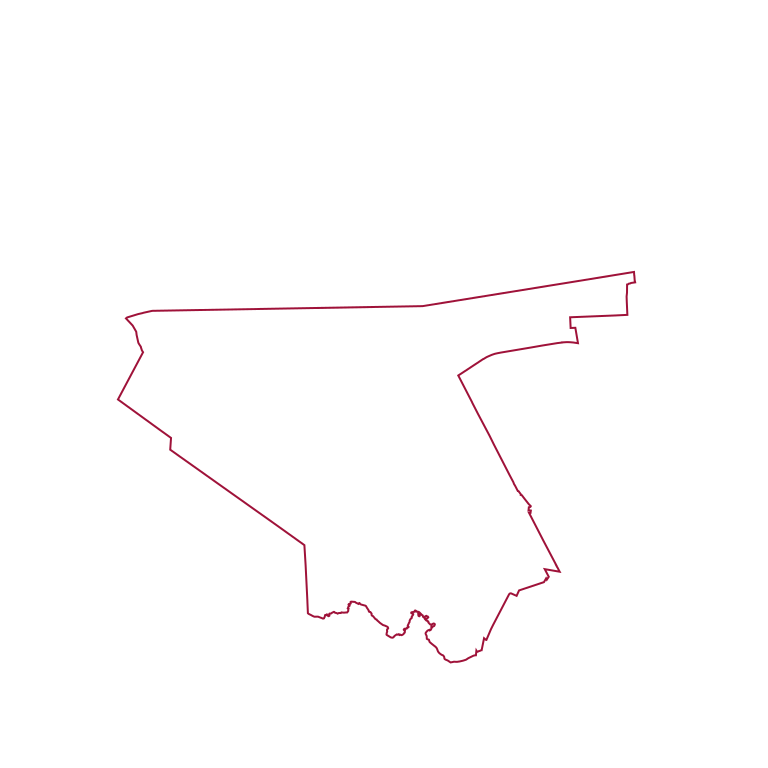 Stadskanaal, Groningen, Netherlands, rotated 124°
{"feature_id": "6326949B23876978853895", "entity_name": "Stadskanaal", "entity_type": "district", "adm_level": 2, "iso_a3": "NLD", "parent_name": "Netherlands", "parent_adm1": "Groningen", "projection": "albers", "projection_center": [7.027, 52.996], "detail": "fine", "context": "isolated", "style": "outline", "palette": "rose", "viewbox_px": 768, "rotation_deg": 124, "n_neighbors": 0, "source": "geoboundaries", "source_scale": "gbopen_adm2", "svg_char_len": 5998}
<svg xmlns="http://www.w3.org/2000/svg" viewBox="0 0 768 768"><g transform="rotate(124 384 384)"><path d="M473.9,634.6L476.1,625.0L479.2,618.7L479.5,618.4L481.7,616.5L487.2,610.7L487.9,609.3L489.1,606.4L489.5,606.0L489.8,605.8L490.0,605.4L491.5,603.5L492.4,601.5L545.6,595.9L547.4,543.9L547.8,530.4L558.0,524.5L558.3,513.0L561.0,399.5L561.5,381.0L562.1,359.9L578.0,347.7L605.9,326.8L608.1,325.2L616.6,318.9L616.7,318.1L616.7,317.7L616.4,315.7L616.2,313.4L615.9,311.8L615.7,311.3L614.7,310.0L614.3,309.3L613.8,308.6L613.7,308.3L613.2,306.0L613.0,305.4L612.7,303.8L612.6,303.4L612.0,302.8L611.8,302.7L611.1,302.9L610.3,302.9L608.6,303.6L608.3,303.5L608.0,302.8L607.8,302.4L607.5,302.4L607.2,302.6L606.9,302.5L606.9,302.4L607.3,301.6L607.6,300.5L607.6,300.3L607.4,300.1L606.8,299.7L606.6,299.7L606.3,300.0L605.7,300.6L605.3,300.8L604.9,300.8L604.6,300.6L604.4,300.1L604.1,299.7L602.6,299.1L600.9,298.1L600.8,297.8L601.0,296.6L600.4,295.2L600.3,294.0L600.1,293.9L599.8,293.8L599.4,293.6L598.8,292.9L598.1,291.9L598.0,291.7L597.2,291.6L596.9,291.0L596.0,289.4L594.8,287.9L594.0,286.8L592.3,286.7L592.0,286.8L591.1,287.5L590.0,287.7L589.9,287.8L589.9,288.0L590.2,288.4L590.2,288.6L589.3,288.7L588.2,289.1L587.5,288.6L587.1,288.5L586.9,288.6L586.7,289.9L586.6,290.1L586.1,290.1L585.1,289.0L584.8,288.9L584.3,289.0L583.9,289.5L583.5,289.8L582.9,289.6L582.4,288.9L581.9,287.9L581.1,286.6L580.9,285.9L581.0,285.0L580.7,282.9L580.6,282.2L579.6,282.1L579.4,282.0L579.3,281.8L579.7,281.0L579.7,280.0L579.4,279.0L578.3,275.8L578.2,275.5L578.2,274.8L578.3,274.5L579.0,273.2L579.6,271.7L580.1,270.6L580.3,270.0L580.9,269.5L581.1,269.1L581.1,268.7L580.7,267.9L580.7,267.6L581.3,265.9L582.2,265.3L582.6,264.9L582.7,264.7L582.7,264.1L582.6,263.4L582.7,262.9L583.7,259.5L583.4,258.5L583.8,257.6L583.8,257.1L583.9,256.6L584.0,255.7L584.3,253.8L584.4,250.1L583.8,248.1L583.4,245.6L583.4,245.1L583.7,244.5L584.1,244.0L584.3,243.9L584.6,243.9L585.7,244.2L585.9,244.1L586.5,243.8L587.5,242.9L588.7,242.6L590.2,241.9L590.4,241.7L590.5,241.3L590.4,239.1L590.3,237.0L590.2,236.4L590.0,235.9L589.4,234.9L589.2,234.8L588.5,234.5L587.0,234.4L584.5,233.4L584.4,233.3L584.2,232.5L584.1,232.4L583.4,232.0L583.1,231.8L583.1,231.6L583.2,231.4L583.5,231.0L583.5,230.8L583.4,230.6L582.7,230.3L582.6,229.9L582.5,229.2L582.4,229.0L582.2,228.8L581.6,228.5L580.8,228.1L580.4,228.0L578.9,228.0L578.5,227.8L578.3,227.9L577.5,228.4L576.8,228.6L576.7,228.8L576.8,229.3L576.8,230.0L576.7,230.2L576.2,230.3L575.6,230.2L575.6,229.5L575.5,229.3L574.4,229.1L574.2,228.9L574.1,228.4L573.8,228.3L573.1,228.6L572.7,228.3L572.5,228.0L572.2,227.8L571.9,227.7L571.5,227.9L571.3,229.0L571.1,229.2L570.0,229.4L569.0,229.5L568.4,229.7L567.0,229.7L566.2,230.2L565.5,230.5L565.1,230.5L563.7,230.6L563.4,230.5L563.1,230.3L562.4,230.2L562.1,230.3L561.9,230.6L561.4,230.9L560.9,230.9L559.7,230.8L558.7,230.9L558.4,231.1L558.3,231.6L558.7,232.7L558.7,232.9L558.6,233.4L558.2,233.6L557.9,233.4L557.5,233.2L557.3,232.9L556.3,231.9L555.9,231.5L554.7,231.7L554.5,231.4L554.2,231.2L554.2,230.5L554.8,230.3L554.6,229.8L553.9,228.8L553.7,228.2L553.5,227.4L553.6,226.6L553.7,226.1L553.8,226.3L554.2,227.3L554.4,227.4L554.7,227.6L555.2,227.3L556.7,226.0L556.9,225.7L556.9,225.1L556.8,224.8L556.7,224.7L556.4,224.7L555.9,224.9L555.5,225.2L555.1,225.3L554.5,224.8L554.4,224.6L554.4,223.9L554.2,222.8L554.2,222.5L554.3,222.3L555.1,221.6L555.3,220.3L555.3,220.1L555.2,220.0L555.0,219.9L553.8,220.0L553.2,219.7L552.7,219.4L552.5,219.2L552.6,218.5L552.3,217.7L552.6,216.9L554.1,217.0L554.5,217.2L554.8,217.6L555.0,218.1L555.4,218.9L555.5,219.0L555.9,218.8L556.0,218.5L556.3,217.2L556.4,216.5L556.3,216.3L556.1,214.8L556.2,214.4L556.5,214.3L556.9,213.9L557.5,211.3L557.1,210.4L556.7,210.0L555.3,209.3L554.8,208.9L554.6,208.4L554.6,208.0L554.6,207.8L554.8,207.5L555.1,207.3L556.5,207.1L557.1,207.4L557.5,207.9L557.8,208.0L558.0,208.1L558.7,207.9L558.8,208.0L558.2,208.8L558.2,209.0L558.4,209.2L558.8,209.0L560.4,207.9L561.3,207.8L561.9,207.8L562.7,208.3L562.4,208.9L563.4,209.6L564.0,209.9L564.8,210.1L566.8,210.3L567.6,210.0L568.1,209.4L568.8,208.1L569.1,207.7L571.3,206.0L571.3,205.7L571.3,205.3L570.9,203.8L572.0,202.4L572.2,202.2L572.4,201.7L572.7,199.2L573.1,194.1L573.3,193.3L573.4,192.9L574.0,191.8L575.3,190.0L575.6,189.5L575.8,188.9L576.1,187.9L576.2,187.4L576.3,185.1L576.2,184.3L576.0,183.7L576.0,183.1L576.2,182.3L576.6,181.5L577.9,180.3L578.0,180.0L578.1,179.6L578.0,178.5L577.6,176.6L577.6,173.1L575.8,171.3L575.3,170.9L574.3,169.4L573.6,168.2L572.9,167.4L572.4,166.9L571.9,166.3L569.1,163.7L566.8,161.9L566.2,161.6L564.2,160.8L559.2,157.9L558.2,157.0L557.8,156.5L557.5,156.1L553.4,158.3L554.0,157.0L553.7,156.7L552.6,156.1L551.5,155.2L550.4,154.6L550.1,154.2L538.8,158.9L539.1,156.5L539.0,156.2L538.9,156.0L527.5,158.2L523.0,158.8L489.3,162.6L488.3,162.7L487.4,162.5L487.2,162.4L486.7,161.9L486.5,161.5L485.5,155.6L479.6,156.6L458.8,140.6L454.5,140.9L455.2,139.6L451.7,139.6L447.6,147.2L441.4,133.4L439.0,137.8L439.0,138.0L438.0,139.9L437.9,139.8L424.8,164.2L409.6,191.9L408.9,190.5L406.8,191.5L407.8,193.6L405.2,195.0L405.1,194.9L404.9,194.5L404.5,194.2L404.1,194.0L403.5,193.9L403.2,194.0L402.8,196.0L402.6,197.0L400.5,203.5L399.1,207.6L399.5,208.6L398.9,208.9L397.6,212.6L397.9,213.2L395.0,218.5L394.2,220.3L393.1,221.8L389.2,229.1L372.7,259.1L367.9,267.5L356.1,289.6L350.1,300.5L349.9,300.7L335.4,327.2L331.9,325.7L307.8,315.7L307.7,315.5L304.4,314.0L302.3,312.7L299.5,310.9L297.0,309.0L295.3,307.4L292.6,304.7L271.5,282.5L263.7,274.4L253.1,263.1L250.0,259.5L249.9,259.6L247.4,256.3L246.3,254.7L245.2,252.9L243.8,250.4L241.7,246.0L230.4,256.8L233.2,260.6L224.6,267.0L198.0,230.8L190.6,220.9L179.8,228.9L175.8,231.8L172.4,233.6L165.6,238.1L165.0,237.5L164.8,237.4L164.0,237.2L162.8,236.0L162.1,235.7L159.3,232.6L158.6,233.3L158.7,233.5L154.1,237.1L154.0,237.3L151.3,239.4L198.4,289.5L208.7,300.5L297.9,395.6L452.7,616.7L453.1,617.2L459.4,623.2L460.2,623.8L463.5,626.9L465.1,628.2L472.5,634.2L473.9,634.6Z" fill="none" stroke="#9f1239" stroke-width="2"/></g></svg>